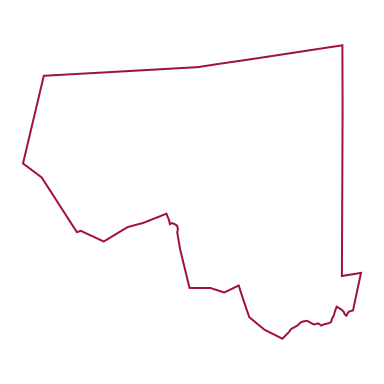 Milton Brandão, Piauí, Brazil (Equal Earth projection)
{"feature_id": "56859067B37808901206920", "entity_name": "Milton Brandão", "entity_type": "district", "adm_level": 2, "iso_a3": "BRA", "parent_name": "Brazil", "parent_adm1": "Piauí", "projection": "equal_earth", "projection_center": [-41.443, -4.721], "detail": "fine", "context": "isolated", "style": "outline", "palette": "rose", "viewbox_px": 384, "rotation_deg": 0, "n_neighbors": 0, "source": "geoboundaries", "source_scale": "gbopen_adm2", "svg_char_len": 927}
<svg xmlns="http://www.w3.org/2000/svg" viewBox="0 0 384 384"><path d="M361.0,272.9L341.9,276.0L342.6,110.6L342.4,45.3L312.0,49.9L250.2,59.3L215.3,64.4L209.8,65.3L198.1,67.1L148.9,69.9L54.1,75.2L43.8,75.8L23.0,163.5L41.7,177.5L74.4,228.3L76.9,232.2L80.7,230.8L103.7,241.5L127.6,227.1L140.3,223.7L142.5,223.2L166.4,213.7L169.0,220.0L169.9,224.1L171.7,223.1L174.2,223.9L177.1,225.7L177.9,229.6L177.2,232.2L180.1,249.2L181.1,253.3L189.5,287.9L196.2,288.0L210.4,288.0L224.2,292.5L238.7,285.5L243.2,299.5L249.3,317.2L264.7,329.9L282.4,338.7L288.2,332.8L291.4,328.8L294.1,327.4L297.3,325.6L300.5,322.6L303.3,321.4L307.1,320.8L311.9,323.5L314.0,324.4L316.2,324.0L318.1,323.3L321.2,325.5L324.2,324.2L328.6,323.3L331.0,322.1L332.1,318.6L333.8,315.6L334.5,312.9L335.7,309.2L336.7,306.7L341.7,309.7L343.7,311.8L344.8,314.4L346.4,315.7L347.7,313.1L349.2,311.5L353.0,310.4L361.0,272.9Z" fill="none" stroke="#9f1239" stroke-width="2"/></svg>